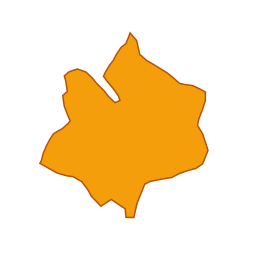 Kalopsida, Cyprus, rotated 214°
{"feature_id": "46923920B75029215318719", "entity_name": "Kalopsida", "entity_type": "district", "adm_level": 2, "iso_a3": "CYP", "parent_name": "Cyprus", "parent_adm1": "", "projection": "mercator", "projection_center": [33.806, 35.103], "detail": "fine", "context": "isolated", "style": "filled", "palette": "amber", "viewbox_px": 256, "rotation_deg": 214, "n_neighbors": 0, "source": "geoboundaries", "source_scale": "gbopen_adm2", "svg_char_len": 1057}
<svg xmlns="http://www.w3.org/2000/svg" viewBox="0 0 256 256"><g transform="rotate(214 128 128)"><path d="M106.7,48.0L101.9,59.4L93.5,59.4L85.1,59.4L79.7,52.8L73.1,57.0L78.5,70.9L80.9,82.3L82.7,90.8L79.7,96.2L70.1,105.8L64.1,111.3L59.9,119.1L54.5,126.3L49.1,132.4L46.1,140.2L49.1,154.1L55.1,158.9L62.9,164.9L71.9,169.1L74.3,175.1L76.7,185.4L79.1,193.8L83.9,201.1L90.5,200.5L98.3,199.3L104.3,196.2L110.3,193.8L119.3,195.0L126.5,195.6L140.9,195.0L150.5,194.4L159.5,195.6L169.7,205.3L179.5,208.0L178.4,203.8L176.9,196.8L178.8,191.1L178.8,182.6L178.0,176.0L178.4,169.5L178.0,161.7L177.2,157.1L170.7,154.8L162.6,152.5L154.2,149.4L150.0,146.3L153.0,141.7L161.9,143.2L168.8,145.5L179.2,147.5L185.3,149.4L194.1,150.9L203.0,148.6L208.3,141.7L209.9,135.5L205.7,132.0L198.7,124.3L200.3,118.5L193.0,110.4L184.2,104.3L179.9,101.6L180.3,97.7L182.2,90.4L184.5,86.1L186.5,81.5L186.5,75.7L185.7,68.0L184.2,59.9L181.5,52.2L181.3,49.4L161.9,51.0L152.3,54.0L146.3,57.0L136.1,57.6L125.9,54.0L120.5,51.0L106.7,48.0Z" fill="#f59e0b" stroke="#b45309" stroke-width="1.5"/></g></svg>